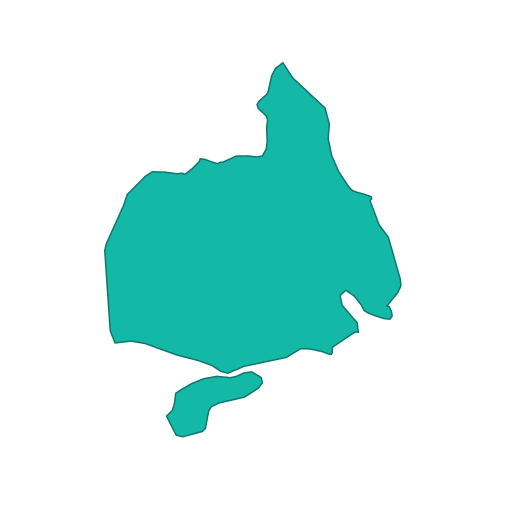 the Unitary Authority (wales) of Anglesey, rotated 285°
{"feature_id": "GBR-2128", "entity_name": "Anglesey", "entity_type": "Unitary Authority (wales)", "adm_level": 1, "iso_a3": "GBR", "parent_name": "United Kingdom", "parent_adm1": "", "projection": "mercator", "projection_center": [-4.381, 53.278], "detail": "fine", "context": "isolated", "style": "filled", "palette": "teal", "viewbox_px": 512, "rotation_deg": 285, "n_neighbors": 0, "source": "natural_earth", "source_scale": "10m", "svg_char_len": 1567}
<svg xmlns="http://www.w3.org/2000/svg" viewBox="0 0 512 512"><g transform="rotate(285 256 256)"><path d="M416.8,225.2L434.2,224.5L442.4,226.3L449.6,232.0L437.4,245.5L416.8,284.4L402.6,292.6L387.9,295.4L372.8,303.0L358.8,314.1L347.4,327.1L345.2,330.2L344.1,332.8L343.7,336.8L343.7,344.0L343.1,352.0L341.3,352.9L338.7,351.9L317.8,367.0L308.5,378.9L270.6,401.6L264.4,403.7L257.0,402.3L241.7,395.4L241.6,397.7L238.0,400.9L233.3,403.1L229.6,401.6L228.7,395.9L229.1,386.7L230.1,378.3L231.4,374.5L236.1,370.2L242.9,360.9L246.1,351.7L239.7,347.4L230.7,351.9L217.7,371.0L208.9,374.5L208.3,371.4L188.6,354.2L187.0,353.5L182.2,354.7L180.5,354.2L180.1,351.5L180.9,343.3L180.5,340.6L180.6,337.7L179.9,330.5L178.0,323.1L165.9,311.5L146.2,272.7L135.5,259.2L135.5,251.8L138.9,241.7L140.1,226.6L139.9,204.9L142.8,171.7L141.5,157.3L135.5,142.4L145.9,134.6L222.1,108.5L229.6,108.3L270.8,115.1L282.0,115.7L304.7,128.7L310.5,134.1L313.4,146.1L314.9,158.0L316.9,163.4L316.4,166.1L323.8,171.8L332.4,176.7L335.5,177.0L336.1,182.1L335.4,188.9L335.3,194.9L337.4,197.4L338.0,199.7L347.4,211.0L350.6,222.5L351.8,230.9L354.3,236.3L361.8,238.2L369.4,237.2L383.0,233.0L390.4,232.0L393.9,229.8L399.1,220.0L402.6,217.8L406.7,219.0L414.2,224.1L416.8,225.2ZM131.8,262.6L134.5,268.1L139.7,274.2L143.0,281.8L139.9,292.6L135.0,295.0L129.0,292.5L116.8,281.5L104.7,258.7L98.9,251.8L93.7,250.4L76.4,251.8L72.6,249.6L62.4,232.0L62.4,225.2L78.2,211.0L85.1,215.1L92.0,215.4L102.6,214.0L107.0,217.8L116.0,226.7L123.9,237.2L129.6,249.3L131.8,262.6Z" fill="#14b8a6" stroke="#0f766e" stroke-width="1.5"/></g></svg>